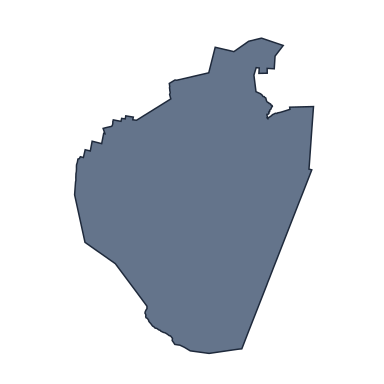 outline of San Ignacio Cerro Gordo, Jalisco, Mexico, rotated 5°
{"feature_id": "50627088B58147412700600", "entity_name": "San Ignacio Cerro Gordo", "entity_type": "district", "adm_level": 2, "iso_a3": "MEX", "parent_name": "Mexico", "parent_adm1": "Jalisco", "projection": "orthographic", "projection_center": [-102.51, 20.768], "detail": "fine", "context": "isolated", "style": "filled", "palette": "slate", "viewbox_px": 384, "rotation_deg": 5, "n_neighbors": 0, "source": "geoboundaries", "source_scale": "gbopen_adm2", "svg_char_len": 2598}
<svg xmlns="http://www.w3.org/2000/svg" viewBox="0 0 384 384"><g transform="rotate(5 192 192)"><path d="M270.1,38.1L248.0,32.7L247.4,32.8L235.3,36.9L234.7,37.4L221.5,48.5L202.5,45.8L198.3,71.8L167.0,82.0L165.3,81.9L159.9,85.8L160.2,87.0L160.6,88.8L160.5,89.8L160.7,91.1L160.8,91.3L161.0,92.7L161.2,93.4L161.6,94.8L161.5,95.7L161.2,96.8L161.8,98.4L162.1,99.3L162.3,99.8L162.8,101.1L157.6,105.0L149.5,111.1L149.4,111.2L148.5,111.8L143.8,115.4L143.2,115.8L138.7,119.2L138.5,119.3L133.4,123.2L132.8,123.6L132.6,123.8L131.2,124.8L130.4,125.4L126.7,125.2L127.0,122.5L126.9,122.5L119.4,121.9L119.1,125.0L115.5,124.8L115.1,127.8L114.9,127.8L107.3,127.0L107.2,127.8L107.0,128.6L107.1,130.1L107.1,131.2L106.8,132.6L106.2,133.6L100.6,135.4L97.9,136.4L100.2,141.5L98.9,141.3L97.8,151.7L88.1,150.1L87.1,160.0L81.9,159.2L80.8,167.1L77.7,166.6L76.8,168.6L75.5,169.1L75.2,172.4L74.6,175.0L74.7,177.1L74.9,179.1L75.0,181.7L74.8,183.9L74.9,185.5L75.0,187.6L75.2,189.4L75.3,190.6L75.1,192.1L75.3,205.0L89.8,251.5L103.4,259.4L103.8,259.6L121.9,270.1L144.8,295.8L157.1,309.7L157.3,312.2L156.6,313.3L156.1,314.6L155.8,315.6L155.7,316.8L156.2,317.4L156.8,318.7L156.7,319.9L157.1,321.2L158.5,321.8L159.2,322.6L160.0,323.5L160.0,324.1L160.6,325.0L162.4,326.7L164.4,329.0L165.5,329.4L166.4,330.2L167.1,330.8L168.5,330.9L169.3,331.2L170.8,332.2L172.4,332.6L173.0,333.3L173.8,333.6L175.3,334.2L176.4,334.5L177.5,334.6L180.0,335.9L181.9,337.1L183.1,337.2L185.3,339.5L185.2,341.7L186.4,343.1L186.9,343.7L188.1,345.3L191.9,345.6L193.2,345.6L198.0,347.4L204.1,350.4L223.1,351.3L248.1,345.4L249.4,345.1L252.5,344.4L254.9,344.0L255.3,343.9L260.3,326.6L274.6,278.1L275.4,275.1L276.6,271.2L278.1,266.0L278.9,263.3L279.6,260.8L282.3,251.7L299.8,192.1L302.7,182.4L309.4,159.5L309.0,159.4L306.5,159.0L306.5,154.6L305.9,119.0L305.6,96.3L281.9,99.0L282.4,101.1L276.4,103.6L272.9,105.0L270.4,105.7L269.7,106.4L268.9,106.2L268.0,106.4L266.6,107.3L265.5,107.9L264.6,108.9L263.8,109.7L263.0,110.3L262.2,110.9L261.4,111.7L261.2,112.4L260.2,111.5L260.5,110.6L260.4,109.9L260.0,109.1L259.9,108.1L260.8,108.0L261.4,107.6L261.8,107.0L261.6,106.3L261.4,105.7L262.2,105.4L262.4,104.9L262.2,104.2L262.3,103.6L262.8,103.3L263.4,102.5L263.7,101.3L264.0,100.3L264.6,99.9L264.4,99.1L264.0,98.7L263.1,98.4L262.7,97.6L262.0,97.2L261.1,97.1L260.6,96.3L259.5,96.1L258.7,95.4L258.1,94.3L257.6,92.7L257.2,91.8L256.3,91.5L255.6,90.7L254.5,90.7L253.9,90.1L253.5,89.4L252.6,88.8L251.8,88.2L247.0,86.5L243.5,70.2L245.1,62.5L248.2,62.6L248.3,68.0L256.6,67.1L256.1,62.3L263.2,62.1L262.9,49.4L270.1,38.1Z" fill="#64748b" stroke="#1e293b" stroke-width="1.5"/></g></svg>